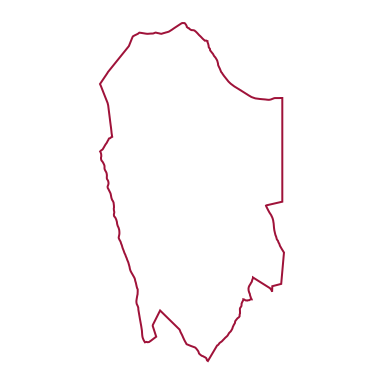 Fafi, North-Eastern, Kenya
{"feature_id": "3690345B31550600225726", "entity_name": "Fafi", "entity_type": "district", "adm_level": 2, "iso_a3": "KEN", "parent_name": "Kenya", "parent_adm1": "North-Eastern", "projection": "equal_earth", "projection_center": [40.194, -0.782], "detail": "fine", "context": "isolated", "style": "outline", "palette": "rose", "viewbox_px": 384, "rotation_deg": 0, "n_neighbors": 0, "source": "geoboundaries", "source_scale": "gbopen_adm2", "svg_char_len": 5978}
<svg xmlns="http://www.w3.org/2000/svg" viewBox="0 0 384 384"><path d="M100.0,84.0L100.9,86.0L104.7,95.7L107.6,103.0L108.0,104.7L108.2,105.5L108.6,108.8L109.8,118.3L110.2,121.6L111.0,127.7L111.4,131.1L111.6,133.2L112.0,135.6L112.0,136.4L112.2,136.8L111.8,137.1L110.9,137.4L110.5,137.9L110.1,138.2L109.5,138.3L109.0,138.5L108.7,139.0L108.4,139.8L107.6,141.1L106.7,142.9L105.5,144.5L102.9,149.0L102.4,149.6L101.8,150.0L100.8,150.7L100.1,151.5L100.6,152.3L100.8,152.9L101.1,153.9L101.2,154.4L101.3,156.2L101.0,157.6L101.0,158.4L101.1,159.1L101.2,159.7L101.5,160.5L101.8,160.9L102.2,161.3L102.4,161.5L103.4,163.2L104.2,164.9L104.4,165.6L104.5,166.0L104.5,166.8L104.5,168.4L104.6,169.0L104.9,169.8L105.5,171.0L105.9,171.6L106.1,172.0L106.3,172.5L106.6,173.2L106.7,174.0L106.9,175.0L106.8,177.8L106.9,178.7L107.1,179.2L107.7,180.1L108.1,180.9L108.4,182.1L108.5,183.0L108.5,183.7L108.3,184.6L107.7,186.2L107.6,186.5L107.6,186.9L107.7,187.6L107.9,188.3L108.5,189.2L109.0,190.3L109.6,191.5L110.2,192.7L110.6,193.7L110.8,194.6L111.4,197.8L111.9,199.3L112.3,200.2L112.8,200.9L113.2,201.7L113.6,202.7L113.7,203.8L113.9,205.4L114.0,207.4L113.8,208.3L113.9,210.2L114.1,211.2L114.2,211.7L114.3,212.0L114.2,212.9L114.0,213.8L113.9,214.5L113.9,215.1L114.0,215.6L114.2,216.4L114.9,217.1L115.4,217.8L116.1,219.3L116.4,220.1L116.6,220.9L116.9,221.9L117.1,223.7L117.4,224.9L117.9,226.4L118.5,227.5L118.7,228.2L119.0,229.2L119.2,229.9L119.4,232.1L119.4,232.8L119.4,233.7L119.3,234.5L118.7,237.4L118.7,237.9L118.8,238.1L118.9,238.5L119.6,240.0L119.8,240.4L120.2,241.0L120.6,241.8L121.1,243.5L121.8,245.2L122.6,248.0L123.7,250.8L124.0,251.7L124.6,253.3L125.3,254.7L126.0,256.7L126.6,258.0L127.2,259.8L128.3,262.4L129.6,267.1L129.7,267.9L130.0,269.2L130.4,270.5L130.8,271.4L131.6,272.9L132.6,274.6L134.3,277.6L134.8,278.8L135.0,279.6L135.2,280.7L135.9,283.0L136.7,286.7L137.2,288.4L137.6,289.1L137.7,289.5L137.7,290.4L137.7,291.8L137.6,293.1L137.6,294.2L137.4,294.9L137.0,297.0L136.6,299.4L136.4,300.9L136.4,301.9L136.5,302.8L136.7,303.9L137.5,305.6L137.8,306.3L138.0,306.9L138.3,307.9L138.3,308.8L138.4,309.9L138.6,311.1L139.9,318.8L141.2,326.0L141.9,330.5L142.0,331.9L142.2,334.9L142.4,336.4L142.7,337.8L143.2,339.0L143.4,339.6L144.3,341.3L144.5,341.5L144.9,342.3L146.7,341.9L147.1,342.1L147.6,342.2L148.5,342.1L149.3,341.9L150.1,341.2L150.4,341.1L156.2,336.7L152.7,325.9L152.9,324.8L160.1,310.5L165.5,315.8L179.5,329.5L180.1,330.9L180.5,332.0L182.2,335.3L183.1,337.4L184.5,340.4L186.0,343.1L186.6,344.2L191.0,346.0L194.9,347.4L195.2,347.6L196.1,348.4L197.9,350.7L198.2,351.2L198.5,351.8L199.0,353.4L199.2,353.7L200.9,355.2L201.4,355.5L201.8,355.8L203.0,356.2L204.4,357.0L204.9,357.2L205.6,357.7L206.2,358.1L206.6,359.0L206.9,360.1L207.2,360.5L207.9,361.0L217.1,345.5L217.6,345.3L218.1,344.9L218.5,344.5L219.4,343.2L219.8,342.8L220.4,342.4L221.5,341.6L222.1,341.1L222.5,340.7L222.7,340.4L223.9,339.2L225.2,337.8L226.8,336.4L227.3,335.9L227.7,335.4L229.1,333.0L230.8,331.3L232.0,329.3L232.4,328.5L232.7,327.3L233.1,326.4L233.8,324.9L234.9,323.1L235.0,322.5L235.1,321.7L235.2,321.4L235.4,320.9L237.4,318.4L238.0,317.9L238.5,317.6L238.8,317.3L239.1,317.0L239.3,316.7L239.5,316.4L239.6,316.2L239.6,315.8L239.6,314.8L239.7,314.3L240.0,313.5L240.0,313.1L240.0,312.1L239.9,309.3L239.9,308.8L240.1,308.3L240.3,307.7L241.2,306.5L241.4,306.0L241.5,305.4L241.6,303.5L241.8,303.1L242.1,302.3L242.7,301.2L243.2,300.2L243.3,299.7L243.3,299.3L244.2,299.5L245.1,300.1L245.6,300.4L246.0,300.4L246.5,300.4L247.1,300.6L247.5,300.5L247.8,300.3L249.1,300.2L249.4,300.1L249.7,299.9L250.1,299.6L250.6,299.4L251.1,299.3L251.6,299.3L251.4,298.8L250.8,297.7L250.6,296.9L250.2,295.8L249.9,294.7L249.9,294.2L249.8,293.8L249.5,293.3L249.2,292.4L249.0,292.0L248.9,291.5L248.7,290.9L248.6,290.3L248.5,288.6L248.7,287.4L248.8,287.0L249.2,286.1L249.4,285.6L250.3,284.3L250.7,283.4L251.5,282.2L251.8,281.7L252.2,280.0L252.7,278.8L252.9,278.3L253.0,277.9L253.0,277.5L270.0,288.2L270.4,288.7L271.2,289.8L271.5,290.1L271.7,290.6L272.1,291.8L272.3,286.2L281.2,283.9L283.9,253.4L284.0,252.6L281.6,248.7L279.9,245.7L279.7,245.0L279.2,243.6L278.8,243.0L278.4,242.2L278.2,241.6L278.0,240.9L277.2,239.8L276.9,239.5L276.7,238.8L276.1,236.6L275.4,234.9L274.7,231.9L274.3,230.1L274.0,227.7L273.9,226.6L273.8,225.3L273.6,223.1L273.4,222.1L273.2,220.6L272.8,219.0L272.2,217.3L271.6,216.2L271.4,215.5L269.3,212.3L268.8,211.3L268.2,210.3L268.0,209.8L267.4,208.7L266.7,207.3L266.2,206.3L266.0,205.6L266.6,205.3L282.3,201.7L282.3,98.0L274.8,98.1L274.4,98.1L270.8,99.5L269.8,99.7L269.1,99.8L268.5,99.8L267.1,99.7L265.7,99.5L263.5,99.3L260.0,99.0L255.5,98.4L254.8,98.2L252.5,97.4L251.4,97.0L250.6,96.5L248.7,95.4L242.7,91.6L234.3,86.4L230.7,83.7L228.5,81.6L223.9,75.8L222.3,73.5L222.0,72.9L221.3,72.2L221.0,71.6L219.8,68.6L218.7,66.4L218.1,64.9L218.0,63.5L217.8,62.8L217.4,61.3L217.2,60.6L216.9,60.0L216.2,58.8L215.4,57.5L215.2,57.2L214.8,56.9L214.4,56.3L214.0,55.9L213.5,54.9L213.3,54.5L212.9,53.8L212.3,53.1L211.1,51.6L210.1,50.3L210.0,49.0L208.8,47.3L208.7,47.0L208.6,45.7L208.0,43.3L207.7,42.7L207.5,42.2L207.5,41.1L206.9,40.9L206.5,40.8L206.0,40.5L205.5,40.6L204.9,40.7L203.8,39.7L203.1,39.1L202.3,38.3L200.8,36.7L198.9,34.9L197.5,33.3L195.7,31.5L195.0,31.0L194.6,30.6L194.1,30.4L193.3,30.2L191.6,30.1L191.1,29.9L190.6,29.7L189.8,29.1L189.5,29.0L189.3,28.7L189.0,28.3L188.7,28.1L188.3,28.0L187.8,27.8L187.4,27.4L187.1,27.2L186.8,26.9L186.8,26.4L186.1,24.9L185.2,23.7L184.9,23.3L184.5,23.1L184.0,23.0L183.2,23.1L182.8,23.1L182.5,23.0L182.0,23.1L181.4,23.4L175.3,27.4L173.5,28.6L171.8,29.8L169.4,31.3L168.7,31.7L167.4,32.1L165.4,32.6L164.9,32.8L163.7,33.1L161.5,33.8L161.4,33.8L160.0,33.6L159.0,33.3L157.8,33.1L155.8,32.6L155.2,32.7L153.4,33.4L153.0,33.5L151.7,33.5L151.2,33.6L150.3,33.6L148.0,33.8L147.3,33.8L146.1,33.7L141.2,32.9L139.7,32.7L139.3,32.7L139.0,32.9L137.9,33.8L136.7,34.4L134.8,35.3L133.0,36.3L132.7,36.7L131.8,38.8L129.0,45.8L128.8,46.2L120.9,56.0L108.0,72.0L107.3,73.2L100.0,84.0Z" fill="none" stroke="#9f1239" stroke-width="2"/></svg>